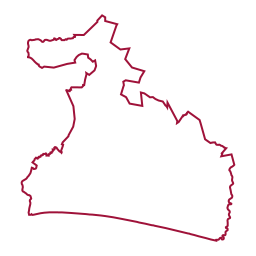 outline of San Marcos, Guerrero, Mexico
{"feature_id": "50627088B28272611145429", "entity_name": "San Marcos", "entity_type": "district", "adm_level": 2, "iso_a3": "MEX", "parent_name": "Mexico", "parent_adm1": "Guerrero", "projection": "mercator", "projection_center": [-99.468, 16.852], "detail": "fine", "context": "isolated", "style": "outline", "palette": "rose", "viewbox_px": 256, "rotation_deg": 0, "n_neighbors": 0, "source": "geoboundaries", "source_scale": "gbopen_adm2", "svg_char_len": 5574}
<svg xmlns="http://www.w3.org/2000/svg" viewBox="0 0 256 256"><path d="M54.1,38.5L54.0,39.4L53.7,39.7L51.1,40.6L50.1,40.8L49.2,40.7L47.0,39.9L46.1,39.8L45.1,39.9L44.8,40.0L44.5,40.3L43.7,41.4L43.0,41.9L42.6,41.9L42.0,41.7L40.8,40.4L38.6,39.3L38.1,39.2L37.0,39.3L35.9,39.3L34.8,39.8L31.8,40.2L31.2,40.1L30.8,39.8L29.9,39.9L29.0,40.4L28.6,40.8L28.3,41.3L28.0,42.7L28.0,43.7L28.5,45.7L28.6,47.0L27.3,50.7L27.5,51.6L28.4,52.7L28.7,54.8L28.5,56.1L28.0,56.7L28.0,57.2L29.3,57.4L30.0,57.6L31.5,58.4L32.8,59.6L34.3,61.2L34.6,61.6L35.9,62.8L36.7,63.6L37.0,63.8L37.4,63.8L37.6,64.2L38.0,64.6L38.7,64.6L39.0,65.9L39.2,66.2L40.5,67.1L41.0,67.2L41.6,67.7L42.0,67.9L44.2,66.6L53.8,67.6L67.2,63.9L75.2,62.6L74.5,60.1L76.6,57.0L78.7,55.1L81.9,53.6L83.7,53.8L87.8,54.5L88.2,57.7L90.5,59.3L92.8,61.7L95.1,60.4L96.1,65.8L96.0,66.4L94.5,70.4L89.2,74.9L86.3,73.0L86.5,74.3L85.1,79.6L84.2,85.1L83.1,85.0L83.0,86.1L81.7,87.4L71.5,87.3L70.8,88.3L70.7,88.7L71.1,89.8L70.7,90.0L70.2,89.8L69.7,90.0L69.9,90.9L69.7,91.2L68.0,90.7L67.3,90.3L66.7,90.1L66.3,90.3L66.5,90.8L66.8,91.3L73.4,106.2L74.7,119.0L73.2,126.7L68.6,135.2L68.4,136.3L62.7,142.3L61.9,144.3L63.1,144.7L62.7,146.4L60.9,151.3L61.6,151.8L61.7,152.3L61.6,152.6L61.5,152.8L61.0,152.2L59.5,151.4L57.2,148.8L56.6,147.7L55.9,147.3L55.7,147.3L55.4,147.1L54.9,147.1L54.7,147.3L55.2,147.5L55.2,147.8L54.8,148.0L54.7,148.8L54.5,149.2L54.3,149.5L53.7,149.3L53.4,149.8L53.1,149.4L52.7,149.4L52.8,150.0L52.7,151.4L52.1,151.6L51.8,152.2L51.8,152.7L51.7,152.8L51.4,152.8L51.1,153.0L50.8,152.5L50.6,152.4L50.4,152.5L50.6,153.0L50.5,153.5L49.7,154.2L49.4,154.2L48.9,154.1L48.6,154.2L48.5,154.4L48.7,154.9L48.7,155.7L48.4,155.7L48.2,155.5L46.5,155.6L46.5,155.0L46.2,154.7L46.3,154.1L46.3,153.8L46.1,153.5L45.8,153.4L45.5,153.6L45.5,153.8L45.4,154.0L44.7,153.9L44.0,154.0L43.5,153.9L43.3,153.9L43.1,154.2L43.1,154.6L42.9,155.0L42.7,155.1L42.3,155.0L42.0,155.4L41.7,155.5L41.4,155.3L41.2,155.3L40.6,155.9L40.5,156.7L39.9,156.9L39.3,157.4L39.1,157.4L39.0,156.8L38.8,156.8L38.2,157.5L38.0,158.2L37.7,158.7L37.4,158.7L37.2,158.5L37.2,158.3L37.4,158.1L37.2,158.0L36.7,158.2L36.0,157.7L34.6,159.2L34.5,160.1L34.0,160.8L33.2,161.5L32.5,162.4L36.7,165.5L36.2,167.9L35.7,168.6L34.7,168.9L33.8,169.0L32.8,168.0L31.8,167.7L31.3,170.0L30.5,172.9L30.2,173.5L28.5,176.0L27.5,177.0L26.6,178.4L25.9,179.0L23.2,180.6L22.5,181.0L22.1,181.5L21.7,182.3L21.7,183.2L21.9,184.2L22.4,184.9L22.6,185.6L22.8,186.9L22.8,187.4L22.5,188.7L22.5,189.2L22.3,189.8L22.4,190.7L22.9,191.4L23.3,191.7L23.6,191.7L24.2,192.1L25.7,193.2L26.2,193.5L26.9,194.3L27.5,194.7L28.3,195.1L29.4,195.2L30.5,196.1L31.2,198.5L31.1,198.8L30.3,199.5L30.0,199.9L29.8,200.7L29.9,201.4L30.4,202.8L30.3,204.1L29.3,208.3L29.0,210.7L28.6,212.5L29.1,214.8L30.5,214.8L30.9,214.6L31.5,214.2L31.8,214.7L32.2,214.9L33.3,214.8L40.7,213.2L44.4,212.7L49.9,212.3L61.9,212.4L71.4,213.0L86.1,214.1L89.6,214.5L92.1,214.6L100.9,215.5L105.5,216.1L113.3,217.3L121.7,218.9L137.0,221.9L139.1,222.5L145.3,223.7L151.7,225.2L153.6,225.4L154.4,225.7L165.8,228.1L188.2,233.5L188.9,233.5L190.5,234.1L194.2,235.0L198.7,236.3L205.9,238.1L210.9,239.5L215.9,240.6L215.7,240.1L216.0,239.8L218.0,239.8L218.8,239.5L219.9,238.1L220.4,237.8L221.2,237.9L221.6,239.0L221.9,239.4L222.3,239.5L223.0,239.4L223.5,239.1L223.8,238.3L223.8,237.8L223.6,237.4L222.6,236.6L222.4,236.0L222.5,235.6L222.8,235.3L223.5,235.1L224.6,235.3L225.0,235.2L225.3,235.0L225.6,234.1L225.5,232.3L225.7,231.6L227.6,230.1L227.6,229.1L227.5,228.6L227.3,228.4L226.2,228.1L226.0,227.9L225.9,227.6L225.9,227.2L227.5,226.1L227.7,225.6L227.7,222.8L227.5,220.4L227.7,219.7L228.1,219.0L229.7,218.2L230.0,218.0L230.1,217.6L230.0,217.1L229.2,215.7L228.9,214.9L228.9,214.1L229.8,212.1L229.6,211.1L227.9,209.3L227.4,207.9L227.9,206.0L228.4,204.8L228.8,204.5L229.4,204.4L231.1,204.2L231.3,204.0L231.3,203.6L229.4,202.7L229.0,202.2L228.7,201.3L228.8,200.4L228.9,200.1L229.4,199.4L231.2,198.2L231.9,197.7L232.1,197.3L232.3,196.4L232.2,195.4L231.3,194.1L230.7,190.6L230.0,187.5L230.1,186.6L230.5,185.9L231.0,185.4L232.9,184.0L233.2,183.3L232.9,182.4L232.4,181.5L232.0,180.1L232.4,177.3L232.3,176.6L232.1,176.1L231.4,175.1L231.1,173.7L230.4,171.6L230.0,171.0L229.4,170.3L229.3,170.0L229.7,168.8L230.1,168.2L230.9,167.3L232.1,166.7L232.8,166.2L233.7,165.5L234.3,164.8L231.5,154.4L221.3,156.3L222.3,153.8L221.8,153.3L226.2,148.2L224.8,147.9L224.5,147.4L224.3,147.3L223.8,147.3L223.3,146.7L222.3,146.0L220.8,145.6L220.2,145.1L219.4,144.7L218.9,144.7L218.3,144.9L216.5,144.7L216.2,144.4L215.7,143.6L215.1,142.4L214.4,142.4L214.1,142.5L213.0,142.4L211.7,142.8L211.5,142.7L210.8,142.8L210.4,143.0L205.1,139.3L200.7,123.6L199.6,120.0L188.1,111.7L187.0,112.8L186.9,113.8L186.3,114.6L186.0,114.7L185.6,114.4L185.0,115.0L183.8,115.2L183.6,115.7L183.2,116.1L182.9,115.7L178.7,122.0L177.0,123.1L177.3,121.0L167.5,102.6L167.2,107.4L166.2,105.8L165.7,105.7L165.3,105.3L164.9,104.6L162.8,101.5L158.6,100.5L155.4,99.0L152.9,97.1L150.0,97.3L144.4,93.4L140.9,92.5L142.3,105.9L129.6,103.6L126.1,97.2L121.0,94.4L123.4,86.5L123.9,85.2L123.3,81.7L125.7,80.3L138.9,82.6L140.5,77.5L144.3,71.2L132.0,67.5L125.2,59.1L129.3,48.4L120.4,49.5L110.6,42.4L116.4,25.6L117.2,24.2L105.2,21.0L105.2,17.3L102.1,15.4L97.3,20.6L97.4,21.9L83.8,35.0L74.3,34.9L75.1,36.3L75.0,36.7L74.9,37.0L74.7,37.0L73.7,37.0L73.4,37.3L73.1,37.9L72.9,38.2L70.5,38.6L69.3,38.5L67.7,38.7L67.4,38.8L66.7,39.7L65.6,39.3L64.5,40.1L61.7,40.1L61.4,39.8L60.9,38.8L59.7,38.0L59.2,38.0L58.9,38.6L58.7,38.7L58.0,39.0L57.3,39.1L56.9,39.6L56.2,40.0L55.6,39.7L55.4,39.3L55.3,38.8L55.0,38.6L54.6,38.4L54.1,38.5Z" fill="none" stroke="#9f1239" stroke-width="2"/></svg>